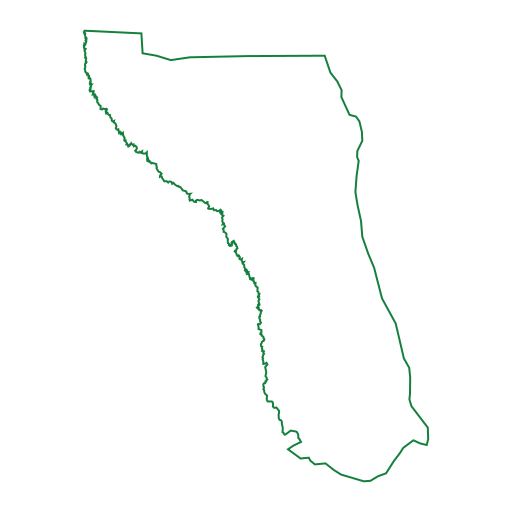 the district of Gamboula, Mambéré-Kadéï, Central African Republic
{"feature_id": "33826404B15620845480465", "entity_name": "Gamboula", "entity_type": "district", "adm_level": 2, "iso_a3": "CAF", "parent_name": "Central African Republic", "parent_adm1": "Mambéré-Kadéï", "projection": "equal_earth", "projection_center": [14.923, 4.351], "detail": "fine", "context": "isolated", "style": "outline", "palette": "green", "viewbox_px": 512, "rotation_deg": 0, "n_neighbors": 0, "source": "geoboundaries", "source_scale": "gbopen_adm2", "svg_char_len": 5937}
<svg xmlns="http://www.w3.org/2000/svg" viewBox="0 0 512 512"><path d="M403.3,447.8L413.4,440.3L420.1,443.4L426.7,445.0L428.2,439.1L427.8,427.6L411.5,406.3L409.4,399.4L410.0,393.8L410.2,377.7L409.2,367.7L403.9,358.5L395.7,323.5L382.0,298.4L374.1,267.7L368.2,253.6L362.3,236.7L361.0,220.9L357.5,205.0L355.4,192.0L356.6,175.9L358.7,160.8L357.1,157.0L357.3,151.1L362.3,140.8L361.9,131.9L359.4,121.4L356.0,116.6L349.5,114.8L341.4,97.1L341.6,90.2L337.2,81.3L330.4,72.6L324.7,55.7L246.7,56.1L190.0,57.3L170.8,60.1L156.5,55.7L142.6,53.3L141.4,33.4L84.6,30.7L84.5,31.6L83.9,32.0L84.4,33.6L85.1,33.3L85.3,33.7L85.0,34.6L85.4,36.9L86.2,37.8L85.4,38.1L85.7,39.1L86.4,39.2L86.3,40.3L85.6,40.8L86.3,41.7L85.4,43.9L84.9,43.7L85.3,44.7L84.6,45.1L84.3,46.0L83.9,45.5L83.8,46.0L84.4,49.0L84.9,48.5L85.6,48.8L84.5,50.8L85.5,53.5L85.0,54.7L85.5,56.8L85.2,57.5L85.9,57.5L86.2,58.3L85.7,61.5L86.5,62.0L86.1,63.0L85.3,63.4L84.9,65.4L85.2,65.7L85.3,67.3L84.7,68.6L85.4,72.0L86.1,72.4L86.7,73.8L86.9,73.1L87.9,73.5L88.1,75.1L88.7,75.5L88.6,76.4L89.0,76.3L88.7,78.2L89.1,78.2L89.1,77.3L89.5,77.6L89.5,78.5L90.2,78.5L90.7,80.2L90.2,81.8L90.6,82.0L90.1,82.8L90.8,83.4L89.9,83.9L90.5,85.2L91.3,85.0L90.6,85.9L91.0,86.8L90.5,87.6L90.6,88.3L90.2,88.2L90.2,89.8L89.7,89.8L89.6,90.6L90.2,91.5L93.6,91.1L93.6,92.1L93.0,92.8L93.2,93.8L92.8,94.5L94.0,94.4L94.3,96.0L95.1,94.8L95.5,95.4L95.1,96.0L95.6,96.5L95.6,97.2L96.2,96.7L97.1,97.5L96.6,99.2L97.5,100.1L97.1,101.4L97.5,102.6L98.5,103.4L98.7,104.5L100.7,106.0L100.5,109.0L102.0,109.5L103.1,108.5L105.3,109.3L106.2,108.7L107.0,109.3L105.7,111.6L106.2,113.6L107.0,113.4L106.5,112.2L107.5,112.6L107.9,114.0L109.2,115.1L109.9,115.0L110.5,117.5L111.7,118.7L111.8,120.8L113.1,121.5L114.0,121.0L113.7,122.3L115.4,123.4L116.5,126.1L115.8,128.2L116.4,129.2L117.5,129.8L118.3,129.3L119.1,132.9L119.9,132.1L120.4,133.5L121.2,132.5L121.5,132.6L121.6,134.3L122.3,134.4L122.7,135.3L122.5,134.1L123.0,133.4L123.1,135.2L124.6,137.9L124.2,140.0L124.5,140.7L125.6,140.4L125.7,141.6L127.0,143.5L126.5,144.5L127.6,144.6L128.3,146.5L129.0,146.1L129.2,145.2L130.0,145.2L130.2,144.1L131.3,143.9L131.4,143.4L132.4,144.7L133.6,144.4L133.8,146.3L135.2,145.7L136.6,147.0L136.9,148.1L136.0,150.1L135.2,150.7L136.0,151.9L137.0,152.3L138.4,152.7L139.4,151.8L140.2,152.6L142.1,151.3L141.9,153.1L144.0,153.7L145.6,153.4L146.8,152.2L146.9,156.3L147.7,158.0L147.0,158.8L147.4,161.1L147.8,161.2L147.6,160.5L148.2,159.4L148.6,161.3L149.0,161.6L149.6,161.1L150.2,162.4L150.8,162.4L151.4,163.4L152.4,163.0L156.3,164.0L156.4,166.0L156.9,167.1L156.5,168.1L157.1,169.4L158.5,171.6L159.8,172.0L161.6,173.7L160.1,175.5L160.0,176.7L160.9,176.2L161.7,176.5L162.1,178.0L164.4,181.4L166.5,181.1L167.9,182.3L168.0,181.8L170.1,181.5L171.4,182.0L172.1,183.8L173.4,182.8L175.3,184.9L177.2,186.0L178.4,185.9L178.6,186.7L180.5,187.2L182.8,190.4L185.9,191.2L186.5,192.0L186.7,193.3L188.4,194.0L190.3,193.8L189.5,194.6L189.6,195.4L189.1,196.9L189.7,198.1L189.5,199.7L189.9,200.6L192.4,199.7L194.2,201.8L196.0,202.0L196.0,200.6L197.4,199.8L199.8,200.5L201.5,200.0L205.4,203.1L206.5,203.3L207.1,202.0L207.6,202.1L207.4,203.4L209.2,206.3L208.1,208.3L208.4,208.8L211.8,208.9L213.2,208.4L214.0,210.2L216.2,210.1L217.2,211.2L219.2,210.8L220.5,209.7L221.7,211.1L221.5,212.1L220.5,212.0L220.1,212.5L221.1,213.8L222.4,212.8L222.2,215.1L223.4,215.8L222.0,217.5L222.6,219.5L222.2,221.2L223.2,223.1L222.7,224.2L224.0,223.7L224.1,225.0L225.1,226.4L222.8,228.9L223.7,230.1L223.6,231.8L225.5,232.7L226.5,234.1L226.3,236.8L228.0,239.2L227.7,240.8L228.0,243.1L229.1,244.0L228.9,245.2L229.9,245.9L230.4,245.2L231.2,245.7L232.0,245.2L231.5,242.5L231.9,242.1L232.7,242.6L233.2,241.1L233.7,240.8L234.6,242.4L234.9,243.9L236.1,244.3L236.1,245.8L237.0,246.7L237.4,248.4L236.5,249.0L236.1,250.6L235.1,250.6L234.7,251.5L236.0,252.2L236.7,254.9L237.7,256.2L238.4,256.0L238.7,255.4L239.1,255.7L239.2,256.5L239.9,257.2L239.4,258.1L239.6,259.1L240.9,259.5L241.9,258.9L241.6,260.2L242.4,262.3L243.8,262.0L242.7,263.6L244.2,265.0L244.3,267.3L245.4,269.2L244.9,270.5L245.7,271.0L246.6,269.9L247.1,270.7L246.3,271.6L246.4,272.6L248.3,272.2L247.4,274.0L248.8,273.7L250.1,279.2L250.5,279.3L250.8,278.5L251.8,279.5L252.4,278.1L253.6,278.1L253.7,278.7L252.7,280.4L254.0,281.3L254.3,283.2L255.5,282.9L255.4,285.4L255.9,286.3L257.6,287.4L257.4,291.3L258.5,292.1L258.6,293.7L259.4,294.0L258.8,295.1L259.1,296.3L258.0,296.3L257.8,296.9L259.4,299.3L258.4,301.0L259.5,304.4L259.4,304.8L258.7,304.3L258.1,304.6L258.2,306.3L256.9,307.6L257.5,308.2L258.2,307.6L258.5,308.6L258.9,308.4L259.3,310.1L261.3,310.2L261.7,310.8L260.7,311.8L260.8,313.5L260.1,314.7L260.1,316.5L259.3,316.7L259.3,318.3L260.1,319.5L260.2,321.6L261.0,322.6L259.8,324.2L258.2,324.0L257.9,324.7L258.7,327.4L258.5,329.0L261.4,330.1L261.4,332.3L260.4,333.2L260.3,334.1L261.7,334.5L261.6,335.6L263.3,336.7L263.6,338.3L264.4,339.2L263.6,341.0L262.7,341.1L261.9,341.9L261.6,343.2L260.9,344.2L261.1,346.1L262.2,346.8L261.8,348.3L262.5,349.4L262.0,350.9L263.9,351.3L263.3,352.5L264.1,353.8L263.2,354.5L263.2,355.5L262.4,357.3L263.1,358.4L262.6,359.3L263.3,361.3L263.3,363.9L264.9,363.7L266.5,362.8L267.4,364.6L265.2,367.0L266.3,372.6L265.5,376.0L266.6,377.6L266.7,378.8L267.3,379.5L266.4,380.2L266.2,381.4L265.4,381.4L265.2,383.2L263.7,383.5L263.3,384.3L263.4,386.3L264.0,387.2L263.4,389.2L263.9,389.5L264.4,392.3L265.0,393.7L267.1,395.6L266.7,398.5L266.9,399.9L267.6,401.4L271.7,401.5L272.6,402.1L273.1,404.3L272.9,406.6L274.4,407.9L276.4,407.5L279.0,410.8L279.1,412.1L278.6,415.0L278.8,418.3L279.6,419.9L280.7,420.1L281.4,420.8L281.9,422.0L281.8,423.4L282.8,428.0L282.5,432.1L283.6,432.9L284.1,434.0L284.7,434.7L285.5,434.5L290.7,430.6L295.9,431.5L297.0,432.2L298.2,434.6L298.4,438.2L299.2,438.7L301.0,442.0L293.6,445.5L288.0,449.3L300.6,458.5L308.8,457.7L310.3,460.6L314.9,464.4L325.5,463.4L333.8,470.0L341.1,474.6L363.8,481.3L370.5,480.8L378.1,476.2L386.1,473.3L393.7,461.3L399.9,453.1L403.3,447.8Z" fill="none" stroke="#15803d" stroke-width="2"/></svg>